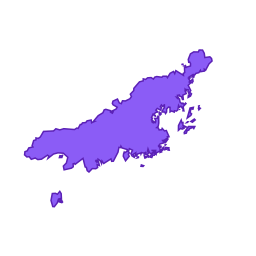 Dinagat Islands, Surigao del Norte, Philippines, rotated 245°
{"feature_id": "2640588B17428979589921", "entity_name": "Dinagat Islands", "entity_type": "district", "adm_level": 2, "iso_a3": "PHL", "parent_name": "Philippines", "parent_adm1": "Surigao del Norte", "projection": "mercator", "projection_center": [125.572, 10.162], "detail": "fine", "context": "isolated", "style": "filled", "palette": "violet", "viewbox_px": 256, "rotation_deg": 245, "n_neighbors": 0, "source": "geoboundaries", "source_scale": "gbopen_adm2", "svg_char_len": 5972}
<svg xmlns="http://www.w3.org/2000/svg" viewBox="0 0 256 256"><g transform="rotate(245 128 128)"><path d="M147.3,221.3L149.0,222.0L147.6,222.8L151.9,228.5L153.2,232.5L155.7,233.1L157.9,232.3L159.4,227.4L163.5,228.7L167.1,228.5L168.6,225.5L167.2,223.9L169.2,219.7L168.8,215.9L164.7,211.6L161.9,210.8L161.6,211.8L159.9,211.9L157.8,210.8L158.8,204.7L154.3,202.8L154.1,201.1L152.3,200.5L159.8,195.6L157.5,193.3L160.0,193.1L159.8,189.3L157.0,185.0L158.6,184.9L160.2,181.4L159.7,180.1L162.5,175.8L162.8,173.7L161.6,171.7L163.9,170.3L165.2,167.0L164.6,164.5L166.1,162.6L164.3,161.7L165.0,157.9L161.5,150.1L159.5,149.0L157.7,144.4L155.0,144.4L153.7,142.0L153.6,137.1L155.0,134.5L152.9,132.2L154.4,130.7L158.7,130.7L158.7,125.7L156.9,124.2L155.3,124.3L151.4,127.0L150.2,125.1L150.1,120.2L149.0,121.4L148.0,120.1L149.8,118.8L151.1,119.5L154.3,115.8L154.5,114.1L152.4,111.7L151.8,106.2L148.7,99.6L148.1,100.5L148.1,97.2L150.8,98.0L151.8,93.9L150.8,92.0L151.9,88.9L150.9,87.3L151.4,86.2L148.7,82.6L149.6,81.6L149.2,78.9L154.5,69.5L155.1,65.4L157.8,62.3L156.8,59.3L160.6,50.0L156.9,44.7L156.5,42.2L157.9,40.4L156.2,39.6L156.5,37.2L152.5,33.6L151.0,33.8L151.9,29.7L149.9,27.0L150.1,24.6L147.4,22.9L144.5,24.1L143.8,26.3L140.5,27.1L140.0,31.2L137.5,32.9L136.3,36.4L137.4,43.6L136.1,44.4L134.3,42.6L135.9,49.5L135.1,54.0L132.5,58.7L126.9,61.1L122.3,57.3L120.8,53.3L117.1,52.4L115.5,59.8L116.0,62.0L118.7,63.1L118.5,64.5L117.4,64.7L119.5,74.4L110.8,72.7L109.9,73.6L106.6,73.0L104.6,74.0L106.3,78.5L104.7,81.6L105.0,83.8L107.9,84.6L106.1,86.2L109.8,87.0L110.4,85.1L111.8,84.8L112.2,85.5L110.9,86.9L112.4,87.7L109.9,89.1L107.0,89.0L109.1,90.5L106.1,91.0L107.2,99.5L104.7,99.1L104.1,100.7L110.3,108.7L114.3,111.6L113.4,113.0L114.5,113.9L112.5,114.1L108.8,118.2L107.3,117.3L107.0,114.6L107.8,114.4L106.5,113.1L104.5,111.8L99.3,111.9L101.8,117.1L104.2,117.2L104.8,118.7L106.4,118.4L108.7,120.5L106.0,122.7L103.5,119.8L101.7,119.8L102.3,124.5L99.7,122.7L100.0,120.5L98.8,121.3L99.7,122.1L99.2,123.7L100.5,124.7L100.0,128.9L98.9,128.7L100.0,129.9L98.4,131.9L98.5,134.4L97.2,132.2L96.0,134.4L96.6,136.1L98.8,135.9L100.6,137.3L96.7,137.0L94.9,137.9L95.5,141.1L96.9,141.3L97.8,139.7L96.3,143.0L94.7,141.5L94.0,141.9L94.7,143.0L93.7,142.5L93.7,141.8L94.9,139.9L92.6,135.4L91.2,137.1L92.9,139.1L92.2,140.3L93.0,141.7L92.1,142.3L93.4,143.0L93.7,147.6L96.8,148.6L96.7,150.6L98.4,147.5L98.4,149.2L99.0,148.4L100.0,150.3L99.3,154.6L102.0,154.1L101.6,156.1L99.1,156.1L101.3,160.0L101.2,156.7L101.8,156.7L102.3,159.9L103.4,160.0L102.8,161.5L109.5,161.7L110.0,159.8L113.2,158.8L112.2,157.8L113.1,155.4L115.3,155.5L116.2,154.2L116.9,156.2L119.5,158.0L125.7,160.8L126.1,160.1L124.3,158.7L125.4,156.3L122.6,156.1L121.6,155.3L122.8,155.0L122.4,154.9L122.3,154.4L121.8,154.3L121.8,154.2L123.6,153.7L122.3,152.9L123.5,152.3L124.9,153.6L124.7,153.2L125.5,152.7L126.5,154.3L127.5,153.7L130.1,156.7L129.3,157.5L130.4,159.4L129.9,161.9L132.4,160.8L133.4,162.8L130.2,165.3L132.6,166.9L133.7,166.3L134.8,168.0L132.9,168.5L132.9,169.0L133.3,169.7L133.7,170.7L133.6,170.8L130.8,169.5L130.9,168.5L128.1,165.7L126.9,168.1L125.2,168.1L126.1,169.7L128.9,171.1L129.9,173.5L129.0,174.8L124.8,172.9L125.0,174.7L122.9,176.6L124.1,177.3L122.9,179.0L123.3,180.8L127.0,183.3L125.0,183.4L125.4,185.2L121.3,185.9L120.4,185.1L119.9,185.9L124.1,187.0L125.6,190.9L126.3,190.6L125.3,188.9L127.4,188.3L127.1,187.2L129.5,186.1L132.6,187.0L133.6,185.5L134.5,185.4L134.7,185.1L135.0,185.2L135.5,185.0L134.7,186.5L136.7,186.6L136.2,188.5L134.8,188.4L133.8,189.7L130.8,189.4L130.5,190.2L134.6,191.6L134.6,195.4L137.4,195.4L139.0,196.2L137.4,196.7L138.1,197.4L137.2,198.7L135.8,197.8L131.2,197.7L132.1,196.5L130.3,195.4L130.5,198.1L132.1,200.0L134.4,199.0L135.4,200.7L141.3,200.6L142.4,203.9L143.7,202.9L145.2,204.2L147.0,203.7L147.1,205.6L148.3,204.6L149.0,209.6L148.0,211.2L148.8,212.6L148.2,215.6L149.6,217.9L148.3,217.7L147.3,221.3ZM94.9,27.6L88.6,26.6L87.8,27.9L90.0,32.2L93.0,35.0L92.8,36.1L92.3,35.1L92.0,35.0L92.3,37.9L96.7,39.7L99.4,39.4L97.8,36.1L99.5,34.6L100.6,31.7L94.9,27.6ZM104.6,172.7L105.4,175.5L104.1,176.6L104.0,178.5L105.5,178.0L104.3,181.3L107.2,178.9L109.7,180.1L109.9,179.1L112.7,179.6L108.9,174.8L104.6,172.7ZM112.0,185.9L112.8,190.2L113.9,191.6L115.7,190.9L118.8,193.0L117.6,194.8L119.1,196.0L119.9,192.7L112.0,185.9ZM99.1,176.7L98.7,178.7L100.6,180.5L100.4,182.3L101.3,183.3L101.1,187.1L99.7,187.4L101.1,189.2L103.8,183.5L100.3,177.1L99.1,176.7ZM108.1,191.9L107.4,187.7L106.0,188.8L106.9,192.3L108.1,191.9ZM130.2,53.3L129.2,55.6L131.2,57.5L130.7,56.1L131.7,54.6L130.2,53.3ZM91.0,33.4L88.3,36.5L88.5,37.3L90.8,37.4L91.0,36.3L89.7,36.9L91.0,33.4ZM143.7,203.9L141.8,205.1L142.8,206.7L145.0,207.3L143.7,203.9ZM92.8,152.1L92.3,154.9L93.0,156.4L94.6,153.7L92.8,152.1ZM92.3,146.8L92.1,148.4L93.2,148.6L93.2,149.6L95.0,150.6L94.2,149.0L93.4,149.6L94.3,148.5L92.3,146.8ZM147.2,207.7L146.3,209.1L147.7,210.2L148.2,208.1L147.2,207.7ZM87.8,123.6L86.8,125.4L87.2,126.3L88.9,124.5L87.8,123.6ZM96.0,131.0L93.6,130.6L93.5,131.5L93.8,133.1L94.4,133.5L94.4,132.2L96.0,131.0ZM114.5,199.9L115.3,201.9L116.7,200.9L116.2,200.1L114.5,199.9ZM127.6,162.1L126.2,162.6L126.7,164.0L127.7,163.9L127.1,162.6L128.3,162.9L127.6,162.1ZM160.3,205.3L159.8,205.9L159.1,206.3L160.3,206.5L160.3,205.3ZM162.7,204.7L163.0,203.3L162.2,204.6L162.7,204.7ZM118.1,201.3L117.0,200.9L118.0,201.8L118.1,201.3ZM101.8,154.3L100.9,154.3L100.3,154.8L101.1,155.2L101.8,154.3ZM90.9,155.3L90.5,156.0L91.4,156.2L90.9,155.3ZM97.6,125.8L97.0,123.9L96.8,124.8L97.6,125.8ZM93.9,133.4L93.1,134.1L94.2,134.9L94.3,134.4L93.9,133.4ZM108.1,183.5L107.9,184.4L108.3,185.0L108.5,184.6L108.1,183.5ZM95.1,151.2L94.3,151.3L95.3,152.0L95.1,151.2ZM127.8,157.3L127.2,157.9L127.7,158.0L127.8,157.3ZM99.2,123.8L98.7,124.1L99.1,124.4L99.2,123.8ZM100.8,121.2L100.2,121.4L101.2,121.2L100.8,121.2ZM95.8,133.9L94.9,134.2L94.9,134.5L95.8,133.9ZM97.3,153.9L96.7,154.6L96.9,155.0L97.3,153.9ZM123.3,182.8L122.9,182.6L122.6,182.7L123.3,182.8Z" fill="#8b5cf6" stroke="#5b21b6" stroke-width="1.5"/></g></svg>